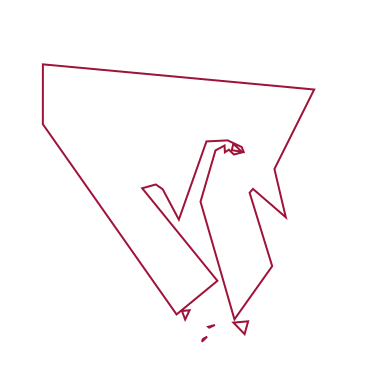 outline of Yamal-Nenets, rotated 171°
{"feature_id": "RUS-2382", "entity_name": "Yamal-Nenets", "entity_type": "Autonomous Province", "adm_level": 1, "iso_a3": "RUS", "parent_name": "Russia", "parent_adm1": "", "projection": "albers", "projection_center": [74.427, 67.879], "detail": "coarse", "context": "isolated", "style": "outline", "palette": "rose", "viewbox_px": 384, "rotation_deg": 171, "n_neighbors": 0, "source": "natural_earth", "source_scale": "10m", "svg_char_len": 704}
<svg xmlns="http://www.w3.org/2000/svg" viewBox="0 0 384 384"><g transform="rotate(171 192 192)"><path d="M103.3,152.3L131.3,185.5L135.2,182.3L124.4,106.2L170.0,59.6L185.1,181.1L162.3,229.4L152.6,232.8L153.3,226.1L148.9,228.0L144.8,222.5L134.7,223.4L135.9,228.7L148.7,237.4L169.8,239.7L209.3,166.8L220.5,199.3L226.6,205.1L240.6,203.5L180.8,100.3L226.4,73.5L328.7,282.3L319.3,341.4L55.3,274.1L107.0,201.8L103.3,152.3ZM162.3,43.4L171.5,56.5L156.8,55.5L162.3,43.4ZM218.7,67.1L220.5,76.0L212.9,75.6L218.7,67.1ZM146.1,227.1L143.7,233.2L136.5,223.9L146.1,227.1ZM190.2,57.1L196.2,55.3L197.1,56.3L190.2,57.1ZM205.6,42.6L204.3,45.0L199.7,46.8L205.6,42.6Z" fill="none" stroke="#9f1239" stroke-width="2"/></g></svg>